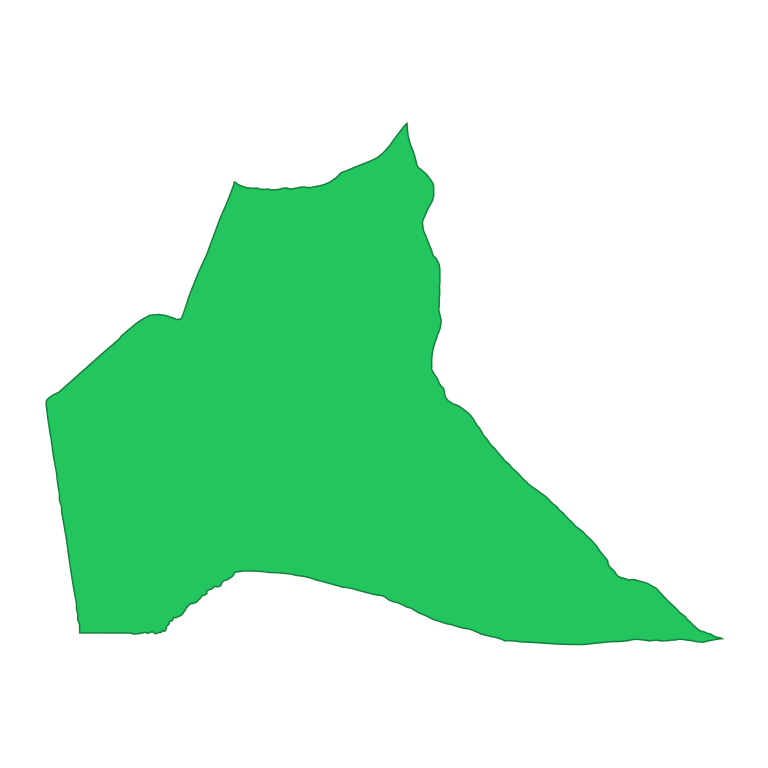 Tesseney, Gash Barka, Eritrea
{"feature_id": "51966322B94022775351360", "entity_name": "Tesseney", "entity_type": "district", "adm_level": 2, "iso_a3": "ERI", "parent_name": "Eritrea", "parent_adm1": "Gash Barka", "projection": "albers", "projection_center": [36.702, 15.181], "detail": "fine", "context": "isolated", "style": "filled", "palette": "green", "viewbox_px": 768, "rotation_deg": 0, "n_neighbors": 0, "source": "geoboundaries", "source_scale": "gbopen_adm2", "svg_char_len": 6097}
<svg xmlns="http://www.w3.org/2000/svg" viewBox="0 0 768 768"><path d="M234.3,182.0L233.6,185.3L227.1,202.4L220.6,217.1L210.0,245.5L206.7,254.6L198.4,272.6L189.3,295.5L186.6,303.9L183.8,312.3L181.4,318.7L176.4,319.7L174.5,318.4L164.9,315.3L158.3,314.5L149.5,315.4L143.4,318.7L140.2,320.7L135.7,324.0L129.3,329.2L121.3,336.1L119.1,339.1L103.5,352.5L59.0,392.1L53.7,394.7L49.2,397.6L46.5,400.4L46.1,403.7L48.1,420.3L48.9,425.0L49.7,431.3L50.1,433.9L50.7,436.5L51.1,438.6L52.3,447.5L52.7,451.2L54.0,459.5L54.9,463.7L56.8,474.6L57.0,478.0L58.5,488.8L59.4,493.0L59.4,500.1L61.6,506.7L61.6,510.7L61.9,513.4L62.9,518.4L67.0,542.8L67.9,550.4L70.9,570.8L72.3,579.8L74.1,591.0L76.4,602.9L76.5,609.2L77.9,614.3L77.6,619.6L79.5,624.0L79.7,632.9L130.3,633.0L132.4,633.8L133.3,634.0L135.4,634.0L138.9,633.6L143.1,632.9L144.8,632.3L145.7,632.5L146.4,632.9L147.8,633.4L148.5,633.2L149.7,632.5L150.6,632.1L152.4,631.9L153.1,632.2L154.8,633.4L155.7,633.8L157.8,632.8L158.5,632.6L160.1,632.6L161.3,632.2L161.9,631.3L162.2,630.7L162.8,630.4L164.1,631.3L164.7,631.1L165.6,630.5L165.9,629.0L166.4,628.6L166.5,627.6L166.5,626.7L166.9,625.9L168.0,625.0L169.3,623.7L169.3,621.7L169.9,621.2L171.0,621.1L171.8,620.9L172.7,620.1L173.0,619.4L173.3,618.1L173.9,617.3L174.7,617.5L175.3,617.8L176.2,617.6L178.0,616.6L179.0,616.4L180.0,616.0L181.7,614.7L182.7,613.7L184.3,611.2L184.9,610.7L185.6,609.6L186.0,608.5L186.5,607.7L187.2,607.1L188.3,605.6L190.8,603.6L191.7,603.5L193.2,603.5L193.9,602.9L194.7,602.9L196.0,602.5L197.6,601.0L201.0,597.5L201.8,595.9L202.7,595.5L203.7,595.3L204.3,595.0L205.1,594.8L206.5,594.0L206.9,593.1L206.9,591.2L207.6,590.6L209.4,589.7L211.2,589.3L212.2,588.7L213.9,587.0L215.1,586.4L215.9,586.4L216.8,586.8L217.7,586.9L218.4,586.8L220.3,585.9L220.9,585.3L221.7,582.9L222.8,581.4L223.3,580.9L225.2,580.3L226.6,580.0L227.7,579.5L230.0,578.1L230.6,577.8L233.4,575.5L234.5,572.9L235.4,572.1L243.7,571.0L247.6,570.9L250.3,571.0L252.9,571.0L256.9,571.2L265.4,571.8L269.6,572.6L274.2,572.6L280.4,573.0L285.3,573.5L290.7,574.0L295.8,575.3L304.2,576.4L310.7,578.0L316.6,580.1L321.4,581.2L326.1,582.5L334.4,584.8L338.7,586.0L340.3,586.3L341.6,587.0L345.0,587.3L348.7,587.9L353.4,588.9L360.0,590.8L372.9,594.2L377.6,595.1L380.3,595.3L383.5,596.1L386.2,597.7L388.6,599.8L393.5,601.8L397.8,602.7L402.4,604.8L407.4,607.3L410.9,608.0L413.0,609.4L418.6,612.7L426.1,615.8L432.6,619.1L446.4,623.7L451.6,624.7L457.3,626.5L463.4,628.2L469.3,629.0L472.8,630.3L479.6,633.1L480.0,633.6L481.9,634.3L491.9,636.7L494.1,637.0L501.0,639.0L502.4,639.6L504.9,641.0L505.5,640.9L506.7,640.8L507.4,640.6L508.1,640.5L508.8,640.7L512.9,640.8L520.5,641.8L531.7,642.4L534.4,642.5L554.6,643.9L567.2,644.4L581.0,644.6L587.7,644.1L593.4,643.4L601.4,642.7L606.7,642.0L613.4,641.6L619.8,641.5L625.9,640.9L629.2,640.4L632.5,639.6L636.4,639.3L639.3,639.5L642.3,639.8L643.9,640.0L645.5,640.3L647.1,640.4L649.1,640.9L651.1,640.6L653.3,640.5L655.7,640.2L657.3,640.2L658.8,640.6L661.3,640.9L666.3,640.7L668.5,640.7L672.1,640.0L673.9,640.1L674.6,640.1L679.1,639.1L682.7,639.4L688.4,640.3L691.5,640.6L693.1,641.0L694.4,641.2L695.6,641.5L697.0,641.7L699.6,642.0L703.7,642.1L704.6,641.9L706.8,641.2L708.4,640.9L715.7,639.5L716.5,639.3L717.7,639.2L719.5,638.9L721.9,638.7L720.2,637.8L716.6,637.3L712.3,635.2L710.5,634.0L709.6,633.9L706.7,633.1L705.5,632.4L703.3,631.7L701.1,631.1L699.4,630.4L696.5,628.1L695.2,626.8L693.5,625.4L689.5,621.4L687.2,619.4L685.2,616.6L682.9,615.0L678.9,611.8L676.8,609.2L671.6,604.4L668.2,601.2L664.3,597.2L656.6,588.7L655.4,587.8L654.0,587.2L648.4,583.9L644.1,582.3L637.9,580.8L635.1,579.7L633.6,579.6L630.6,579.7L628.7,580.1L626.0,578.9L624.4,578.6L622.4,577.9L619.3,577.0L618.3,576.3L616.7,575.0L615.2,572.4L612.0,568.9L610.2,567.4L608.9,565.6L608.3,564.1L607.6,561.5L607.6,560.6L599.6,550.8L596.9,546.4L591.7,540.6L590.0,538.9L588.2,537.4L587.1,536.1L586.0,535.4L583.1,531.9L575.4,526.2L572.0,522.2L568.5,519.2L567.2,517.6L564.7,515.1L563.4,513.4L560.1,510.7L558.7,509.4L557.3,507.3L555.5,505.7L552.4,503.4L550.8,501.7L550.4,501.5L548.6,499.4L545.4,496.3L540.4,492.8L538.0,490.9L536.0,489.6L533.9,488.1L531.3,486.3L528.3,483.9L522.3,478.1L520.2,475.7L516.0,471.4L514.2,469.8L512.1,468.1L508.7,463.9L505.0,461.0L501.4,456.5L497.6,452.3L494.8,448.7L491.0,445.0L487.1,439.4L483.5,435.4L480.4,429.6L476.7,424.8L475.7,423.1L473.7,419.7L470.6,415.4L468.4,413.2L464.9,410.4L459.6,406.6L456.5,405.0L455.0,404.6L454.5,404.2L453.0,404.0L451.5,402.9L450.7,402.2L449.5,401.6L448.3,400.7L447.8,400.2L446.6,398.8L445.3,396.9L444.8,394.5L443.9,389.5L443.6,388.7L443.1,387.9L441.7,386.8L440.7,385.7L440.0,384.3L439.5,384.0L438.5,381.3L437.4,378.7L434.0,373.9L432.8,371.8L431.6,369.0L431.5,368.3L431.8,366.1L431.6,361.5L431.9,356.6L432.4,352.1L434.1,345.2L435.1,342.1L436.5,338.3L437.2,335.8L439.5,330.1L440.2,327.7L440.5,325.5L441.1,322.6L441.0,319.4L438.7,309.9L439.2,305.9L439.2,299.0L439.6,295.2L439.7,290.8L439.5,286.2L439.9,281.7L439.8,271.6L439.8,268.2L439.4,266.4L439.3,264.8L437.5,260.9L435.7,257.9L433.7,256.3L432.7,254.2L432.1,252.5L431.5,249.9L429.6,245.9L427.8,240.9L424.8,233.6L424.1,232.2L423.7,230.9L423.1,228.4L422.8,225.6L422.4,222.7L422.9,220.4L426.5,212.0L428.5,207.8L430.6,204.0L431.8,201.9L432.4,200.7L432.6,199.5L433.6,196.1L433.8,193.2L433.6,190.5L433.7,187.2L433.4,185.0L432.6,182.9L431.2,180.6L428.9,177.6L427.1,175.1L425.7,173.7L421.7,170.1L418.1,167.4L416.8,164.8L416.1,161.5L414.4,155.1L413.4,152.1L410.6,145.0L409.6,141.7L408.7,138.2L408.2,136.2L407.4,129.9L407.3,126.5L406.9,123.4L403.7,126.7L400.7,130.6L393.2,140.5L390.2,145.0L385.0,150.9L382.4,153.6L377.2,157.7L374.3,159.2L370.6,160.9L365.3,163.1L355.7,166.8L347.9,170.2L342.2,172.3L340.9,173.1L339.5,174.2L338.5,175.4L336.3,177.8L334.0,179.2L331.6,180.9L328.8,182.6L325.1,184.2L320.7,185.6L315.3,186.6L309.1,187.8L304.9,187.1L301.2,187.1L297.5,187.9L295.0,188.3L292.9,188.7L290.0,189.0L286.1,187.8L282.1,188.5L277.8,189.6L271.2,189.9L268.5,189.1L262.9,189.4L260.3,189.2L258.5,188.4L257.0,188.2L255.5,188.1L254.0,188.4L247.7,187.9L244.5,187.1L238.0,184.6L235.6,182.5L235.0,182.2L234.3,182.0Z" fill="#22c55e" stroke="#15803d" stroke-width="1.5"/></svg>